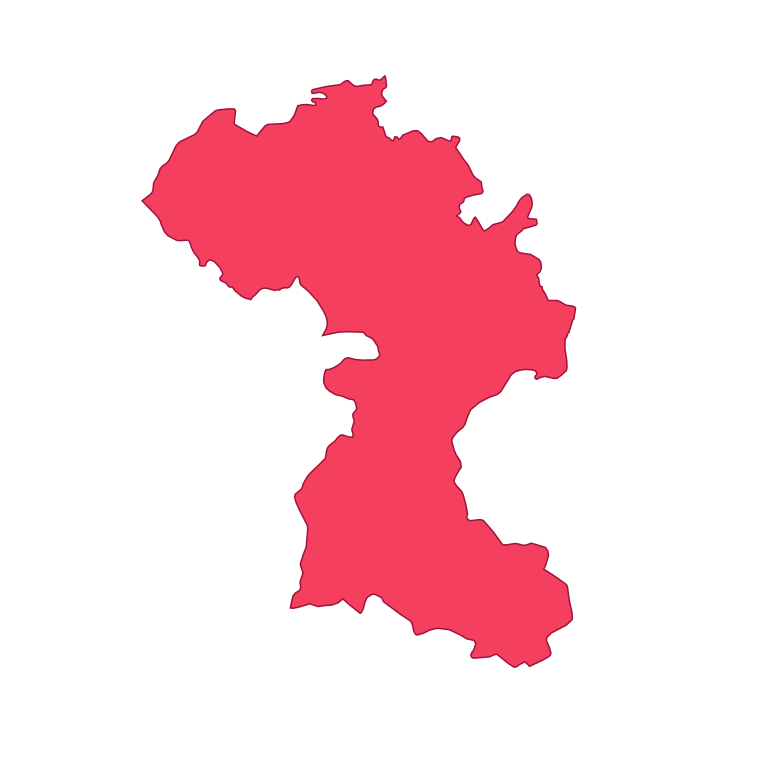 Nghia Hanh, Quảng Ngãi, Vietnam (orthographic projection), rotated 349°
{"feature_id": "81297802B973126409201", "entity_name": "Nghia Hanh", "entity_type": "district", "adm_level": 2, "iso_a3": "VNM", "parent_name": "Vietnam", "parent_adm1": "Quảng Ngãi", "projection": "orthographic", "projection_center": [108.781, 14.967], "detail": "fine", "context": "isolated", "style": "filled", "palette": "rose", "viewbox_px": 768, "rotation_deg": 349, "n_neighbors": 0, "source": "geoboundaries", "source_scale": "gbopen_adm2", "svg_char_len": 6115}
<svg xmlns="http://www.w3.org/2000/svg" viewBox="0 0 768 768"><g transform="rotate(349 384 384)"><path d="M496.5,679.7L496.2,674.9L494.5,666.9L495.4,664.0L500.7,660.3L516.8,655.5L523.2,651.6L524.2,649.9L524.9,644.6L524.6,631.7L525.4,617.7L524.8,615.9L523.8,614.6L514.2,604.5L505.4,596.2L507.8,593.3L512.6,584.1L513.0,581.0L512.8,578.7L511.1,575.1L498.3,568.4L492.4,569.3L490.5,569.1L484.0,566.1L481.2,565.5L473.5,565.3L470.1,564.5L468.9,562.8L463.2,550.3L455.5,536.9L453.6,535.9L451.2,535.3L442.9,534.7L441.4,533.9L440.4,532.7L439.7,530.2L441.2,527.9L441.3,518.7L440.6,507.9L439.6,504.1L435.7,497.7L434.2,493.8L434.4,492.0L436.2,489.0L440.8,483.5L443.7,480.8L444.1,478.3L444.2,474.5L441.2,466.9L440.2,462.0L439.6,453.0L440.8,450.3L443.0,448.2L446.6,445.2L453.2,441.6L455.7,439.1L459.4,432.6L464.1,425.8L474.1,420.3L485.1,417.1L492.2,416.1L494.6,415.3L497.4,413.6L510.5,399.3L515.4,396.8L521.2,396.4L525.6,396.7L531.0,398.0L534.3,399.4L535.4,400.4L536.1,402.7L536.1,403.4L533.6,405.5L533.5,407.4L534.5,408.4L535.6,408.4L537.7,407.5L543.5,407.2L551.6,410.9L555.0,411.5L560.3,408.9L565.6,405.6L566.9,402.3L567.9,395.1L568.4,383.5L570.3,374.5L572.0,373.1L574.1,369.5L575.4,368.6L581.0,358.0L582.9,356.1L586.5,346.2L586.1,345.1L583.7,343.4L577.6,341.3L572.0,336.3L569.8,335.0L562.3,333.6L561.0,333.0L559.7,327.0L557.6,321.2L557.7,318.6L555.7,317.8L556.0,309.6L554.6,306.0L558.2,303.9L560.6,300.4L561.2,294.6L560.0,291.4L552.8,284.9L543.0,281.4L541.2,280.2L540.1,278.4L539.3,273.6L539.7,269.7L541.2,265.3L542.7,262.9L543.7,262.2L548.3,260.0L550.3,258.2L563.1,257.1L564.1,256.7L564.9,255.6L565.0,251.3L557.6,249.3L556.9,248.0L557.2,246.9L562.5,239.1L563.4,236.9L564.1,234.1L564.1,231.6L564.0,229.4L562.9,226.1L561.7,225.2L560.6,225.1L555.0,227.3L551.8,229.9L547.9,234.7L542.8,239.4L532.0,247.1L530.1,247.7L521.2,248.4L517.6,250.6L512.2,252.9L511.5,252.7L510.5,251.5L506.8,240.5L505.5,237.7L503.9,238.5L499.9,243.8L498.8,244.4L496.6,244.2L493.1,241.2L491.5,238.6L490.1,235.3L487.2,233.1L492.0,230.2L492.3,229.3L491.3,225.4L492.7,222.1L496.9,220.4L498.0,217.8L499.6,216.5L507.7,215.6L515.7,215.7L517.1,215.1L518.1,213.1L517.6,210.0L518.0,204.2L513.2,199.3L511.2,195.9L508.5,185.4L505.8,180.4L499.5,165.5L504.6,159.7L505.2,157.3L504.6,156.3L503.2,155.4L499.0,153.9L497.9,154.1L496.1,157.9L495.4,158.2L493.7,157.5L487.3,153.1L485.8,152.9L481.2,153.3L478.1,155.1L475.8,155.2L473.3,153.8L468.1,144.8L465.5,142.0L464.2,141.5L460.8,141.1L450.1,143.2L446.5,146.5L445.1,146.2L443.8,144.0L441.8,143.4L439.9,146.6L439.2,146.9L438.3,146.7L435.5,143.0L433.2,141.8L431.9,131.5L430.0,131.4L428.5,130.5L427.8,128.7L428.3,126.0L428.0,123.0L424.8,117.3L424.6,115.8L426.0,112.4L427.1,111.7L429.4,110.6L432.3,110.7L435.1,110.1L438.0,108.6L440.3,106.8L437.5,101.7L437.0,99.8L437.7,96.8L438.6,95.4L439.7,94.3L442.3,93.3L443.3,92.3L444.0,84.4L443.6,81.7L439.3,84.5L437.5,84.8L436.0,84.3L434.7,83.1L432.7,83.1L431.4,83.9L429.2,87.2L428.2,87.8L420.2,86.8L414.8,86.8L412.8,86.2L411.0,85.1L406.7,79.4L405.0,79.1L402.8,79.6L398.3,81.8L384.3,81.0L370.6,81.4L369.6,81.7L368.7,82.9L368.9,84.8L370.1,85.3L375.5,85.3L377.4,85.7L380.0,87.2L382.2,89.7L382.7,90.7L382.2,92.5L378.9,92.8L374.1,91.2L368.5,90.2L367.3,91.1L367.1,92.1L367.9,93.3L370.3,94.6L370.3,96.7L369.6,97.2L368.0,97.2L362.3,95.1L357.4,94.3L352.5,94.4L347.2,103.1L342.2,108.1L339.6,109.0L334.1,109.1L319.6,107.0L316.7,107.8L306.2,116.3L297.1,109.5L286.7,100.5L286.6,99.7L290.4,87.5L289.5,85.4L283.0,84.2L273.7,83.3L270.8,83.5L256.3,91.5L248.7,101.1L245.5,103.1L230.4,107.1L228.7,107.9L225.5,110.3L215.8,123.3L212.9,125.7L209.0,127.3L205.4,129.8L201.5,136.6L197.6,140.8L196.1,143.1L194.1,150.0L192.6,152.0L189.9,153.8L181.5,158.0L193.8,176.9L195.6,181.9L195.8,185.1L197.6,192.8L200.2,197.2L207.9,203.4L211.6,204.5L218.7,205.3L219.8,206.3L220.6,208.4L220.9,212.8L222.5,218.8L225.2,223.6L226.6,227.7L225.6,232.3L227.1,233.3L230.6,233.9L231.9,232.9L232.3,231.6L234.4,229.8L236.1,229.0L238.5,229.7L241.1,231.9L245.1,238.4L246.9,244.8L246.0,246.4L243.3,248.5L242.9,249.8L243.5,251.4L248.1,254.7L250.5,259.2L253.7,260.0L255.6,264.1L260.8,270.5L264.2,273.2L269.5,275.7L271.0,274.0L275.2,271.5L279.8,268.0L282.3,267.1L285.4,267.1L286.8,267.5L294.5,271.2L297.3,271.1L299.0,271.8L302.2,270.6L304.6,270.5L307.4,271.2L309.5,270.9L311.9,269.0L317.7,262.5L319.9,261.9L320.8,263.6L320.8,269.8L321.7,271.5L327.3,278.2L334.3,289.6L338.2,300.0L340.0,306.5L340.2,312.6L339.4,315.4L338.0,318.6L333.0,324.7L348.6,324.4L356.6,325.4L373.2,329.1L374.2,330.0L375.9,333.1L380.7,336.7L382.3,339.1L385.1,346.3L384.9,351.0L385.5,354.5L385.0,355.4L383.3,356.8L381.1,358.0L378.5,358.4L367.4,356.5L360.5,354.5L354.0,351.5L351.4,351.4L348.6,352.8L345.4,355.4L341.7,357.1L336.3,358.8L332.6,359.2L329.8,358.8L328.8,360.1L327.2,363.2L325.4,368.8L325.2,372.0L326.4,376.8L329.2,380.6L334.6,385.3L340.5,387.9L346.4,391.8L351.0,393.6L352.0,395.7L352.5,398.5L352.5,402.8L351.6,404.2L347.7,407.5L347.3,410.2L347.8,414.6L344.1,421.6L343.7,423.5L344.1,427.7L343.3,430.2L339.3,429.3L333.7,426.1L332.4,425.9L330.9,426.2L328.1,427.9L325.3,430.4L318.3,434.2L316.9,435.3L315.1,438.1L312.7,444.9L311.3,446.6L293.5,458.2L290.4,460.9L285.5,466.8L284.2,469.6L282.4,471.7L275.7,475.3L274.7,478.2L275.1,483.5L277.1,492.1L281.7,508.0L281.8,509.5L281.0,513.5L276.5,529.3L272.3,535.8L267.7,544.4L267.4,545.9L268.4,553.3L267.9,555.0L263.8,562.3L263.5,567.1L262.8,569.3L260.9,570.9L257.2,572.2L254.2,574.6L249.3,586.0L252.1,586.8L257.1,586.8L269.3,585.6L276.8,589.9L283.9,590.2L290.4,591.0L296.6,590.2L302.7,587.1L308.1,594.3L316.9,604.6L318.6,603.5L320.9,600.4L323.0,595.8L326.0,591.1L327.8,589.8L332.1,588.2L335.1,588.7L341.0,593.4L341.9,597.4L343.4,599.2L357.0,614.1L365.1,622.0L365.9,625.3L366.1,632.1L367.1,635.7L368.6,636.6L370.2,636.6L374.8,636.2L381.6,634.4L387.2,633.9L390.6,634.2L401.1,637.6L410.7,644.6L416.8,650.0L423.5,652.9L424.6,656.3L421.4,662.1L418.7,664.7L417.5,666.8L418.0,669.1L419.5,670.2L435.8,672.0L439.2,671.0L443.1,670.7L452.6,681.9L457.0,686.2L458.1,686.9L461.1,686.6L462.5,685.6L469.1,683.6L471.9,687.1L472.8,688.9L486.3,685.6L493.9,683.0L495.8,681.7L496.5,679.7Z" fill="#f43f5e" stroke="#9f1239" stroke-width="1.5"/></g></svg>